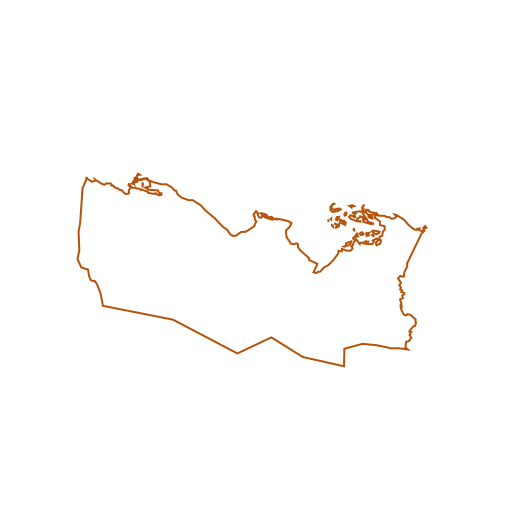 Debub Deb.Keih Bahri, Debubawi Keyih Bahri, Eritrea (Robinson projection), rotated 321°
{"feature_id": "51966322B86476524232792", "entity_name": "Debub Deb.Keih Bahri", "entity_type": "district", "adm_level": 2, "iso_a3": "ERI", "parent_name": "Eritrea", "parent_adm1": "Debubawi Keyih Bahri", "projection": "robinson", "projection_center": [42.638, 13.079], "detail": "fine", "context": "isolated", "style": "outline", "palette": "amber", "viewbox_px": 512, "rotation_deg": 321, "n_neighbors": 0, "source": "geoboundaries", "source_scale": "gbopen_adm2", "svg_char_len": 6185}
<svg xmlns="http://www.w3.org/2000/svg" viewBox="0 0 512 512"><g transform="rotate(321 256 256)"><path d="M304.3,252.8L303.1,249.3L298.4,243.2L296.5,241.2L295.3,241.0L294.5,239.2L291.7,238.2L290.7,236.8L287.3,231.6L286.6,228.1L285.0,229.5L283.6,229.2L282.8,227.4L283.8,224.0L284.5,224.2L284.3,221.2L280.2,222.2L279.5,223.6L280.0,224.3L278.0,226.9L278.0,229.3L273.1,231.7L263.3,230.7L259.6,228.0L253.0,227.5L250.6,225.8L249.6,222.7L250.1,217.6L248.7,212.7L247.7,200.6L245.3,188.6L245.0,181.9L242.0,172.8L238.9,170.4L234.9,163.8L233.9,158.9L234.9,154.7L233.8,153.7L233.8,149.9L231.6,143.9L227.9,141.1L223.0,134.4L220.2,129.5L220.3,126.8L215.6,124.2L213.1,123.5L212.6,121.3L213.2,120.0L211.2,119.7L211.2,118.1L210.3,120.0L205.4,121.6L206.3,123.4L206.6,122.5L208.6,122.7L210.6,121.5L210.9,122.6L209.5,124.0L210.7,123.6L211.5,121.9L213.8,124.3L219.3,126.6L220.1,131.7L217.7,135.4L212.9,133.0L214.6,137.2L221.1,143.4L220.2,146.5L222.0,147.6L221.3,148.8L219.3,148.2L217.4,145.2L217.6,144.1L215.8,143.5L211.8,139.0L212.5,137.4L211.2,136.4L209.2,132.4L208.2,132.4L207.7,130.4L205.3,127.8L205.4,126.8L202.9,125.5L202.3,123.5L198.1,125.1L197.1,127.1L195.7,127.2L194.2,126.1L193.2,124.7L193.1,120.3L192.0,119.6L191.1,116.5L189.3,113.7L189.4,111.8L187.9,110.2L188.9,109.5L188.8,108.3L185.4,105.5L183.1,105.2L181.6,102.9L179.1,95.4L178.9,96.4L175.3,95.2L173.5,89.8L173.8,87.8L172.5,89.6L163.8,94.2L140.5,119.3L133.3,125.6L122.2,140.5L115.4,146.0L113.0,155.0L116.9,160.8L113.6,166.7L112.5,170.3L112.9,172.0L115.0,174.0L114.7,177.8L111.6,187.4L105.7,198.4L151.4,253.2L180.2,320.0L216.7,328.9L228.8,364.0L255.0,397.1L266.3,383.7L283.3,391.2L293.3,400.9L303.2,413.1L308.9,417.5L315.1,424.2L314.6,421.1L318.5,417.2L321.3,418.3L325.2,417.3L325.6,414.0L326.8,414.0L327.4,412.6L328.6,412.7L327.7,411.5L328.0,410.9L333.6,409.7L335.6,410.4L338.4,408.5L338.7,407.1L340.1,405.8L339.0,399.0L337.2,396.5L335.8,396.7L334.4,395.7L334.1,393.7L335.4,388.3L336.6,387.9L336.5,386.5L337.7,386.6L337.6,385.1L338.8,384.9L340.7,380.3L343.6,381.2L344.6,378.8L347.4,378.9L347.8,377.4L346.2,375.6L347.9,374.4L347.0,372.7L348.8,371.7L348.8,369.1L351.8,368.0L352.2,362.9L355.6,362.2L357.3,364.8L358.3,364.8L361.2,361.8L367.0,359.3L368.5,357.0L398.8,342.7L402.9,342.4L403.5,341.1L400.9,341.4L399.1,338.7L399.9,337.9L399.3,338.0L398.8,336.4L397.1,336.7L395.5,334.7L394.1,327.6L393.8,320.6L390.9,312.5L390.0,311.2L390.0,313.7L387.5,314.0L384.7,312.3L384.0,309.5L381.8,308.0L381.5,306.1L376.6,301.7L376.7,300.2L376.2,299.4L376.5,298.6L371.9,292.9L372.5,291.3L371.0,289.6L370.4,289.6L370.9,290.6L368.8,290.3L369.0,294.5L372.6,297.4L375.5,298.0L374.9,298.4L376.1,299.4L375.4,300.3L376.6,300.9L373.9,299.6L372.3,300.7L374.1,306.8L371.8,310.1L374.7,313.8L372.4,316.7L370.0,316.9L366.8,319.7L364.2,318.8L362.3,320.7L363.1,322.4L360.4,324.6L356.5,323.5L357.0,321.7L358.2,320.8L360.9,320.9L361.0,318.5L356.6,317.4L356.8,318.8L353.7,319.9L349.3,316.0L346.1,311.7L344.7,311.3L344.5,311.8L344.2,312.0L344.4,306.1L343.9,305.6L343.6,306.6L340.7,306.5L338.9,308.2L336.3,308.5L336.7,309.0L335.6,311.0L333.0,311.4L330.0,309.2L327.3,304.6L325.5,306.4L323.4,303.9L321.4,305.8L313.7,307.9L306.3,308.6L301.6,307.7L296.0,308.5L294.2,307.3L292.0,307.1L290.4,304.9L298.7,300.8L294.7,292.5L295.8,291.1L293.9,278.9L294.3,275.5L296.1,273.1L295.2,271.4L293.0,270.9L290.9,268.5L291.6,260.7L295.1,255.1L300.8,254.5L304.3,252.8ZM364.5,286.3L357.8,282.7L359.8,285.7L358.6,285.8L357.6,288.1L356.8,287.9L356.5,285.9L355.0,283.8L353.0,284.1L353.1,287.0L356.8,293.1L357.4,293.1L357.2,291.6L358.5,290.6L361.2,291.4L362.0,290.7L363.5,292.9L362.7,294.0L365.3,295.3L365.7,290.1L367.8,290.2L367.2,288.4L368.1,287.9L365.2,287.6L364.5,286.3ZM349.5,264.3L348.3,263.9L344.5,264.8L342.8,267.4L343.1,269.9L347.9,272.5L351.2,273.0L350.6,271.4L349.3,271.6L348.4,270.0L345.9,269.3L344.5,266.8L346.7,264.5L349.2,264.3L350.4,265.5L349.5,264.3ZM365.3,296.7L362.1,295.6L360.9,297.0L365.4,303.5L368.0,305.2L364.6,299.9L365.3,296.7ZM367.3,314.8L363.1,309.9L361.7,309.9L362.2,313.2L363.1,314.7L366.4,315.6L367.3,314.8ZM339.0,304.5L333.9,302.7L332.7,304.5L333.5,305.6L337.0,306.1L339.0,304.5ZM346.5,283.9L344.9,283.4L345.3,285.0L344.7,285.5L343.4,285.0L344.9,288.0L346.9,286.3L346.5,283.9ZM369.3,296.2L368.1,296.3L368.1,297.2L370.0,300.0L371.1,297.9L369.3,296.2ZM340.4,283.6L338.4,282.2L338.0,283.6L335.1,284.2L339.1,285.1L340.4,283.6ZM353.5,306.7L353.3,304.2L350.7,303.7L350.7,305.6L352.8,306.9L353.5,306.7ZM345.1,277.8L343.2,276.6L341.0,278.0L341.5,279.2L342.0,278.3L342.8,278.8L345.1,277.8ZM347.8,305.0L348.4,302.1L344.9,303.5L347.8,305.0ZM352.9,278.5L350.9,279.1L350.5,280.5L351.5,281.0L353.5,279.3L352.9,278.5ZM358.5,309.1L356.0,307.7L355.0,309.3L355.3,309.7L358.5,309.1ZM202.3,123.5L203.4,121.0L202.4,120.1L201.3,121.0L202.3,123.5ZM406.3,341.2L406.2,339.1L404.0,339.5L405.7,341.2L406.3,341.2ZM363.6,279.0L362.6,276.9L361.2,276.9L361.8,278.2L363.6,279.0ZM216.0,117.8L214.5,118.5L216.8,119.7L216.0,117.8ZM293.2,236.6L292.1,234.8L291.1,234.3L292.9,237.7L293.2,236.6ZM345.3,282.7L343.9,280.2L343.7,281.8L342.6,282.6L345.3,282.7ZM289.0,228.3L287.9,227.4L289.0,228.6L289.0,230.7L289.5,231.3L289.6,230.7L290.2,232.6L290.0,231.0L289.0,228.3ZM368.0,287.2L369.3,285.4L371.1,284.5L368.8,285.2L368.0,287.2ZM360.1,315.5L360.0,312.8L359.3,312.7L360.1,315.5ZM210.8,130.6L213.3,129.4L213.9,127.2L212.9,129.4L210.8,130.6ZM344.0,303.1L342.6,303.3L342.4,304.0L342.8,304.3L344.0,303.1ZM359.7,295.3L358.5,294.1L357.8,293.9L358.5,294.9L359.7,295.3ZM334.3,281.5L334.9,280.5L334.5,279.7L334.1,280.1L334.3,281.5ZM337.3,275.0L338.0,274.2L337.1,274.2L337.3,275.0ZM348.4,297.8L349.1,297.0L349.6,296.1L348.2,297.2L348.4,297.8ZM334.0,275.4L334.7,272.9L334.0,275.4ZM360.4,276.9L360.6,276.1L360.1,275.8L360.4,276.9ZM338.1,282.1L338.0,280.8L337.5,279.8L337.7,281.4L338.1,282.1ZM331.2,304.2L330.4,304.0L331.5,305.3L331.2,304.2ZM353.1,316.2L352.0,315.2L351.8,315.2L353.1,316.2ZM296.3,241.2L295.4,239.7L295.0,239.8L295.4,240.5L296.3,241.2ZM287.8,227.1L287.1,226.0L286.5,225.9L287.2,227.0L287.8,227.1ZM357.4,311.2L356.7,310.7L356.1,310.7L356.8,311.1L357.4,311.2ZM351.1,314.4L350.8,313.7L350.4,313.6L351.1,314.4ZM372.5,284.7L371.5,284.3L371.3,284.5L372.5,284.7Z" fill="none" stroke="#b45309" stroke-width="2"/></g></svg>